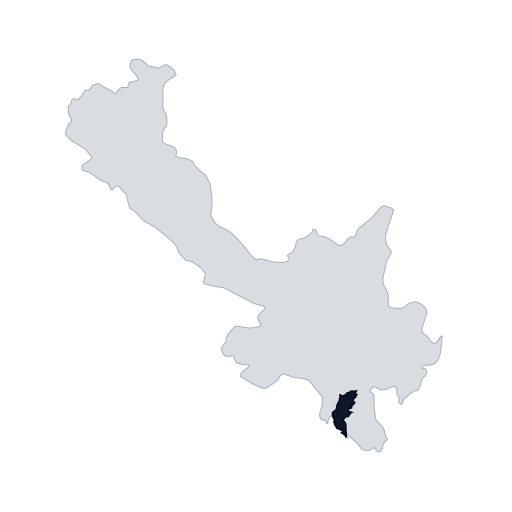 Samphanh, Phôngsali, Laos (highlighted), rotated 174°
{"feature_id": "54806243B8043974283076", "entity_name": "Samphanh", "entity_type": "district", "adm_level": 2, "iso_a3": "LAO", "parent_name": "Laos", "parent_adm1": "Phôngsali", "projection": "albers", "projection_center": [102.522, 21.656], "detail": "fine", "context": "in_parent", "style": "filled", "palette": "ink", "viewbox_px": 512, "rotation_deg": 174, "n_neighbors": 0, "source": "geoboundaries", "source_scale": "gbopen_adm2", "svg_char_len": 8054}
<svg xmlns="http://www.w3.org/2000/svg" viewBox="0 0 512 512"><g transform="rotate(174 256 256)"><path d="M171.7,53.8L174.2,58.4L186.0,71.0L188.0,74.4L192.3,77.0L195.9,88.2L197.4,88.8L199.4,88.1L200.9,86.5L202.1,82.2L202.9,81.7L204.2,85.3L207.5,86.3L209.0,87.9L209.4,90.6L208.9,93.3L206.2,99.7L204.5,108.2L216.1,126.4L221.0,128.9L232.6,131.8L240.4,135.8L244.0,134.8L247.5,130.3L251.6,127.7L259.4,123.7L261.6,123.5L265.9,125.0L273.0,129.4L283.8,137.8L283.5,140.1L281.5,142.3L275.9,145.8L274.1,148.0L275.2,148.8L280.0,149.2L285.6,151.1L287.3,153.3L288.4,158.4L289.4,159.3L294.6,158.7L296.2,159.3L298.1,160.9L300.0,165.1L300.0,168.3L294.9,173.9L294.4,177.3L291.7,181.3L284.7,188.0L282.8,188.4L269.5,184.9L259.1,185.5L258.2,187.0L260.0,191.0L260.6,194.9L259.0,198.0L253.0,202.0L252.7,203.7L254.0,205.4L262.8,208.9L291.2,227.7L304.0,231.2L309.7,233.5L311.2,234.8L311.2,236.5L309.7,238.7L308.5,242.4L308.5,244.7L309.9,246.8L312.2,250.1L320.3,257.2L326.1,258.8L332.3,267.0L334.3,274.2L337.3,278.9L352.4,294.3L364.9,303.7L372.5,313.9L376.1,316.2L377.3,319.9L378.6,330.9L383.0,336.3L383.9,338.4L385.8,340.0L387.9,340.3L392.2,336.6L393.1,337.1L395.2,342.8L397.0,344.9L403.7,348.2L410.8,355.0L414.6,357.4L419.4,359.3L420.1,361.5L419.3,363.7L417.9,365.2L409.9,369.5L408.9,371.3L414.5,380.1L428.3,390.7L432.8,397.2L432.0,400.4L428.4,406.9L425.7,408.7L425.0,410.8L427.3,416.0L427.3,424.0L424.8,426.1L422.5,431.1L420.9,431.5L416.7,429.8L408.2,438.6L404.4,438.3L400.2,443.2L394.6,444.0L390.6,440.5L382.1,435.1L379.0,431.6L376.5,434.7L372.2,437.8L366.0,436.9L364.5,441.2L363.3,442.0L355.8,442.9L354.4,443.6L355.7,447.4L360.3,453.9L361.7,457.7L359.1,463.9L351.3,463.9L347.8,461.5L343.3,456.3L333.3,453.1L326.7,455.6L324.6,455.5L319.6,451.2L317.7,448.4L316.5,444.2L324.0,440.6L327.8,437.9L330.2,435.0L331.2,432.1L332.2,419.8L333.2,415.4L332.5,410.2L330.4,406.0L330.3,399.8L331.3,394.7L334.1,392.1L336.0,388.4L337.0,380.2L336.1,378.1L333.2,376.2L328.4,374.3L325.4,372.0L324.2,369.1L324.2,366.6L325.6,364.3L322.0,361.9L313.4,359.4L308.6,356.2L307.5,352.5L303.8,347.6L297.6,341.5L294.2,332.7L293.7,321.2L294.3,311.8L296.8,300.9L293.2,293.1L289.2,289.0L283.7,286.0L278.5,281.7L273.5,276.1L267.5,267.8L260.5,256.7L255.9,251.8L253.5,252.9L248.6,251.9L241.0,248.8L234.4,247.1L228.8,246.9L225.1,247.6L223.4,249.3L223.3,251.0L224.8,252.7L224.0,253.9L221.0,254.9L218.7,256.7L216.0,260.8L214.2,266.2L211.4,268.2L207.1,268.7L202.9,270.3L198.7,272.9L196.7,274.8L196.9,276.2L196.0,276.5L194.0,275.7L193.0,274.0L193.1,271.2L191.0,269.3L186.6,268.4L181.6,265.4L172.2,257.6L170.0,257.3L166.9,259.3L162.8,263.6L159.5,265.3L156.8,264.4L154.8,265.9L153.3,269.8L150.7,272.9L137.9,281.1L126.3,291.7L123.4,292.7L116.4,289.6L114.2,287.5L124.0,265.7L125.5,260.4L125.2,253.3L121.3,247.4L121.1,245.7L121.7,243.9L126.7,237.2L132.4,219.7L132.2,214.3L129.8,208.3L128.5,202.6L129.6,194.8L129.2,191.8L126.6,190.3L117.9,188.7L112.9,189.9L110.6,191.9L107.6,193.2L102.2,193.9L97.1,191.2L92.8,186.7L91.9,181.3L97.4,169.6L98.7,165.1L98.6,163.0L97.7,160.7L96.4,160.4L93.7,157.6L91.1,152.7L88.6,150.5L86.2,150.8L84.0,152.7L80.4,157.2L79.2,156.6L82.6,140.4L85.7,133.6L89.3,130.5L93.0,129.2L96.9,129.7L100.2,129.2L102.9,127.5L102.6,126.6L99.5,126.3L98.3,124.4L99.0,121.0L100.4,118.8L102.6,117.8L104.7,114.3L106.8,108.4L109.2,105.5L112.1,105.4L117.0,102.9L124.0,98.0L126.7,93.2L129.3,95.4L128.3,101.0L129.7,102.2L130.3,104.2L129.9,107.3L130.5,110.0L131.5,111.3L133.1,112.0L140.5,109.7L145.0,109.6L152.3,113.8L156.7,110.7L156.8,109.6L153.2,105.7L154.4,91.5L153.9,80.7L147.9,72.7L146.7,69.5L146.1,64.3L144.5,59.8L148.8,56.2L151.2,49.7L154.2,48.1L155.2,48.3L158.8,53.3L163.5,50.8L167.1,50.8L170.1,52.2L171.7,53.8Z" fill="#d9dde1" stroke="#a8b0b8" stroke-width="1"/><path d="M170.4,111.4L170.9,111.4L171.8,111.3L171.9,111.2L172.0,110.9L172.7,110.6L173.1,110.7L173.2,110.8L173.3,111.1L173.4,111.4L174.3,111.6L174.7,111.6L175.0,111.7L175.4,111.7L175.9,111.6L176.0,111.6L176.4,111.4L176.9,110.9L177.4,110.6L177.5,110.5L178.9,110.5L179.3,110.4L179.8,110.3L179.9,110.2L180.3,109.7L180.6,109.4L180.6,109.2L180.8,109.0L181.0,108.9L181.1,108.7L181.2,108.8L181.3,108.8L182.3,108.4L182.6,108.3L183.2,108.1L183.6,107.7L183.8,107.8L184.4,107.7L184.5,107.7L184.7,107.8L185.0,107.9L185.1,108.0L185.4,108.0L185.6,108.0L185.9,108.2L186.1,108.7L186.2,108.8L186.3,108.8L186.4,109.0L186.5,109.2L186.8,109.3L187.0,109.2L186.9,109.0L186.9,108.9L187.0,108.6L187.0,108.1L187.0,107.5L187.3,107.0L187.4,106.2L187.7,105.8L187.8,105.3L187.8,104.6L188.1,104.1L188.4,103.0L188.7,102.6L189.2,102.4L189.5,101.6L189.7,101.3L190.2,100.6L191.1,99.1L191.3,98.2L191.6,97.1L192.0,96.0L192.5,94.4L193.1,94.3L193.7,94.2L194.2,94.0L194.7,93.2L195.6,92.7L196.1,92.5L196.4,91.8L196.5,91.3L196.4,91.1L196.2,90.4L196.4,90.4L196.4,90.2L196.6,89.6L196.7,89.2L196.5,88.9L196.3,88.5L196.2,88.3L196.2,88.1L195.9,88.0L196.0,87.8L196.2,87.7L196.0,87.2L195.8,87.0L195.9,86.9L195.8,86.6L195.7,86.4L195.6,86.1L195.5,85.9L195.4,85.8L195.4,85.6L195.1,85.4L195.3,85.3L195.3,85.1L195.2,85.0L195.3,84.9L195.3,84.7L195.3,84.3L195.3,84.1L195.3,83.9L195.4,83.7L195.5,83.6L195.7,83.4L195.8,83.0L195.8,82.9L195.9,82.6L195.9,82.4L195.8,82.1L195.6,82.0L195.4,81.8L195.3,81.7L195.3,81.4L195.4,81.2L195.4,80.9L195.3,80.7L195.2,80.5L195.3,80.4L195.1,80.2L195.0,79.8L195.2,79.5L195.1,79.4L195.0,79.2L194.9,79.2L194.6,79.1L194.3,78.9L194.4,78.7L194.2,78.7L193.9,78.6L193.7,78.5L193.6,78.3L193.5,78.2L193.8,77.8L193.8,77.6L194.0,77.5L194.1,77.2L194.0,76.9L193.9,76.6L193.8,76.4L193.7,76.3L193.7,76.2L193.3,76.1L193.2,76.0L192.8,76.0L192.6,75.9L192.4,75.8L192.3,75.7L192.2,75.7L191.6,75.4L191.5,75.2L191.3,75.2L191.2,75.1L190.8,74.7L190.7,74.7L190.4,74.6L190.3,74.4L190.0,74.2L189.7,74.1L189.4,74.0L189.2,74.0L189.1,73.8L188.8,73.6L188.7,73.5L188.7,73.4L188.5,73.1L188.4,73.0L188.2,72.9L188.1,72.6L188.0,72.4L188.0,72.2L188.2,71.9L188.3,71.7L188.2,71.6L188.4,71.7L188.6,71.6L188.8,71.6L189.3,71.3L189.5,71.2L189.4,71.1L189.4,70.9L189.2,70.7L188.8,70.7L188.7,70.7L188.4,70.6L188.2,70.4L187.8,70.3L187.8,70.1L187.7,70.0L187.4,69.7L187.3,69.3L187.2,69.3L186.8,69.1L186.7,69.0L186.5,68.9L186.4,68.8L186.1,68.7L185.9,68.7L186.0,68.5L186.1,68.4L186.1,68.2L185.8,68.0L185.7,67.9L185.9,67.6L185.9,67.4L185.7,67.0L185.6,66.8L185.6,66.7L185.4,66.7L185.2,66.7L185.3,66.8L185.2,67.2L185.2,67.3L184.9,68.1L184.9,69.0L184.9,69.3L184.8,70.2L184.8,71.3L184.8,72.3L184.9,72.6L184.8,73.0L184.8,73.7L184.8,73.9L184.7,74.2L184.6,74.6L184.6,75.6L184.5,76.5L184.5,77.3L184.4,77.5L184.3,78.6L184.4,79.1L184.4,79.7L184.5,80.4L184.8,80.9L185.2,81.6L185.4,81.9L185.6,82.2L185.8,82.4L186.0,82.5L186.2,82.9L186.3,83.2L186.3,83.4L186.2,83.8L186.1,84.0L185.8,84.6L185.5,85.1L185.1,85.5L183.8,86.4L183.1,86.7L182.4,86.9L182.2,87.0L181.9,87.0L181.7,87.0L181.6,86.9L181.4,86.9L181.2,86.8L181.1,86.7L180.9,86.8L180.8,87.0L180.6,87.2L180.5,87.3L180.5,87.5L180.4,87.9L180.3,88.1L180.2,88.2L179.9,88.3L179.7,88.4L179.0,88.8L178.9,88.9L179.0,89.1L179.0,89.3L178.9,89.4L178.8,89.5L178.6,89.7L178.4,90.0L177.9,90.4L177.7,90.4L177.5,90.6L177.4,90.6L177.9,90.9L178.5,91.0L179.2,91.4L179.5,91.6L180.1,91.8L180.6,92.5L180.8,92.9L180.7,93.5L180.2,93.8L179.7,94.2L179.6,94.5L178.7,94.6L178.4,94.5L178.1,94.5L177.7,94.8L177.1,94.9L176.9,95.0L176.7,95.2L176.8,95.4L176.9,95.6L177.2,95.6L177.4,95.8L177.3,96.4L177.1,96.5L176.6,96.8L175.8,97.3L175.5,97.4L175.3,97.5L175.2,97.8L175.2,98.1L175.0,98.4L174.8,98.4L174.5,98.6L174.2,99.0L173.6,99.2L173.4,99.3L173.1,100.2L173.2,100.3L173.5,100.4L173.8,100.6L174.1,100.7L174.3,100.9L174.3,101.1L174.3,101.5L174.4,101.8L174.6,102.3L174.5,102.7L174.4,102.9L174.2,103.0L174.0,103.3L173.8,103.5L173.7,103.8L173.2,104.2L173.3,104.6L173.2,104.9L172.8,105.2L172.6,105.2L172.4,105.1L172.1,105.1L171.8,105.2L171.7,105.2L171.7,105.4L171.8,105.5L171.9,105.4L172.0,105.5L171.9,105.7L171.8,105.8L171.7,105.9L171.7,106.0L171.4,106.2L171.3,106.3L170.9,106.7L170.7,106.9L170.5,107.4L170.3,107.6L170.2,107.7L170.8,108.0L171.0,108.2L171.3,108.5L171.6,108.7L171.7,108.8L171.5,109.2L171.3,109.6L171.1,110.1L171.1,110.4L170.8,110.7L170.5,111.3L170.4,111.4Z" fill="#0f172a" stroke="#020617" stroke-width="1.5"/></g></svg>